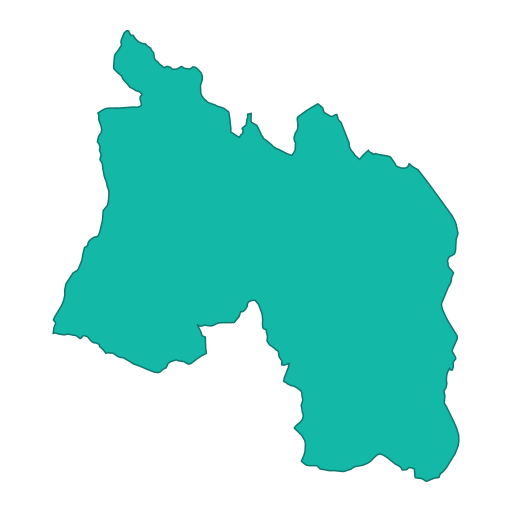 the district of Lang Chanh, Thanh Hóa, Vietnam
{"feature_id": "81297802B3900213451305", "entity_name": "Lang Chanh", "entity_type": "district", "adm_level": 2, "iso_a3": "VNM", "parent_name": "Vietnam", "parent_adm1": "Thanh Hóa", "projection": "natural_earth1", "projection_center": [105.128, 20.149], "detail": "fine", "context": "isolated", "style": "filled", "palette": "teal", "viewbox_px": 512, "rotation_deg": 0, "n_neighbors": 0, "source": "geoboundaries", "source_scale": "gbopen_adm2", "svg_char_len": 5993}
<svg xmlns="http://www.w3.org/2000/svg" viewBox="0 0 512 512"><path d="M195.5,67.3L193.1,66.9L192.6,67.0L190.8,68.5L189.5,69.1L185.2,68.4L183.9,68.0L181.7,66.5L181.0,66.6L177.4,68.9L173.8,69.3L172.2,69.1L170.3,67.2L167.6,66.4L166.4,66.5L164.3,67.7L159.3,63.9L157.5,61.5L155.9,60.7L155.0,59.4L154.3,58.3L154.0,54.9L153.5,52.7L151.1,49.6L150.7,48.2L148.1,46.6L145.4,43.9L142.0,43.4L138.4,41.7L135.7,39.1L133.2,35.4L130.9,35.0L130.4,34.7L128.6,30.9L126.7,30.7L124.3,32.8L121.5,39.3L121.1,40.7L120.9,42.6L121.4,43.9L121.3,45.6L118.2,50.3L115.1,54.4L114.5,56.6L114.2,59.2L113.6,66.8L113.8,68.3L114.0,68.9L117.5,72.6L121.8,76.2L122.7,78.6L124.9,81.5L127.7,84.3L129.8,87.2L133.3,88.9L135.6,90.5L139.4,91.7L141.2,93.3L141.7,94.0L141.8,94.7L141.6,95.3L140.2,96.6L140.1,98.2L140.2,99.9L140.9,101.9L141.4,105.4L141.2,105.8L137.2,107.3L133.3,107.0L120.0,108.0L109.0,108.1L106.6,108.4L103.2,109.7L97.9,113.0L98.8,115.2L98.7,119.6L100.8,125.2L101.6,128.9L101.6,130.1L101.0,133.0L99.8,134.4L98.5,136.7L97.4,141.7L97.5,142.1L98.7,143.2L99.9,146.4L100.0,148.3L99.5,149.5L99.5,150.4L101.1,154.1L100.8,156.4L100.0,159.0L100.1,159.9L102.2,163.3L102.9,168.8L104.3,176.4L106.5,182.4L107.2,186.2L108.7,190.4L109.0,193.0L108.8,196.3L108.5,199.9L107.7,204.6L107.1,205.8L103.3,210.4L102.4,220.8L99.9,231.5L98.7,234.8L97.8,236.1L96.5,236.8L93.8,237.3L91.1,239.2L88.8,241.4L88.3,242.3L87.9,244.2L87.4,245.5L86.5,246.5L84.5,247.5L82.6,255.4L82.0,259.9L78.7,268.3L77.3,270.4L73.1,272.9L65.9,284.0L64.7,289.9L64.8,295.4L63.5,300.8L61.6,305.5L55.2,316.0L53.5,319.4L53.5,320.2L55.1,321.8L55.6,323.1L55.5,323.9L54.7,325.5L53.8,328.4L53.2,333.4L55.4,332.9L58.6,334.0L62.8,334.7L64.5,334.8L68.1,334.0L72.7,335.1L75.3,335.4L76.7,336.0L80.1,338.6L81.0,338.3L82.7,336.2L83.6,335.7L84.2,335.6L86.5,336.4L87.5,336.8L88.3,337.6L90.9,340.9L93.0,342.4L93.9,342.8L96.4,343.0L99.2,344.5L99.6,346.5L103.1,349.6L105.9,353.3L108.0,352.6L109.2,353.0L113.0,353.1L118.3,356.8L120.3,357.4L123.4,357.8L130.7,362.0L133.3,363.9L138.5,365.6L147.8,369.6L154.3,372.1L158.5,372.6L160.4,371.8L163.0,369.2L165.9,368.0L167.1,365.9L167.9,363.6L170.9,361.5L176.3,359.9L178.4,360.8L184.2,361.7L186.7,363.3L188.7,364.2L191.2,363.4L197.1,358.8L201.6,355.8L206.3,353.5L206.4,353.1L205.7,348.1L205.3,337.1L202.1,335.7L200.6,331.1L198.2,326.7L197.5,325.0L197.7,324.8L199.7,326.2L201.4,326.1L204.9,325.1L208.8,325.8L211.3,325.9L214.0,325.1L217.2,323.4L218.7,323.0L221.3,322.7L233.5,322.6L234.3,322.3L239.1,316.6L240.3,312.7L240.9,311.6L242.2,311.7L243.1,311.5L245.6,309.2L247.4,306.0L247.4,303.6L248.8,301.9L249.3,301.4L252.6,300.3L255.2,300.4L258.6,304.5L261.7,312.7L262.2,314.8L262.7,319.4L262.5,324.8L262.8,327.7L263.7,328.8L265.7,329.5L266.3,330.0L266.4,331.9L267.5,336.4L267.0,340.6L267.3,341.6L269.4,344.7L274.3,348.1L276.5,350.3L278.3,351.1L278.9,355.8L279.4,357.4L281.6,360.5L281.8,361.2L281.9,362.2L281.6,364.6L281.8,364.9L283.6,365.2L289.2,363.6L288.4,367.4L284.6,376.9L283.6,381.1L284.4,381.9L285.7,382.3L287.4,383.8L290.9,385.5L293.6,386.1L296.1,387.2L300.8,390.8L301.5,391.9L301.9,393.4L302.1,396.7L302.8,399.3L302.7,400.6L301.3,404.9L301.3,406.2L301.8,408.0L302.3,412.2L303.1,414.3L303.2,416.3L302.6,419.1L300.9,421.5L299.2,423.1L297.4,424.4L294.4,427.6L294.5,428.3L301.9,435.5L305.0,441.0L305.4,444.4L305.0,451.4L303.9,455.3L301.5,460.9L301.5,461.4L305.4,464.6L306.6,465.2L309.8,465.7L316.8,465.6L317.6,466.2L319.8,468.8L321.1,469.1L329.7,470.7L334.4,470.6L342.6,471.5L344.3,471.4L350.6,469.3L354.6,466.7L363.0,465.2L368.1,463.0L371.1,460.8L373.7,457.9L375.9,456.0L377.9,454.5L380.0,453.9L383.4,455.1L387.7,457.9L395.0,463.9L399.2,466.1L400.9,467.5L401.8,469.3L402.9,470.1L406.4,469.7L407.2,469.2L408.4,467.8L409.3,467.7L411.3,467.8L414.4,469.0L414.8,475.3L415.0,476.7L415.3,477.6L415.6,477.8L421.3,478.5L423.5,479.5L425.3,480.9L426.6,481.3L434.1,478.2L438.9,477.5L440.3,473.9L443.2,471.5L446.4,467.8L452.6,457.5L454.8,454.3L458.2,445.6L458.8,441.2L458.8,437.5L458.5,434.6L456.5,428.0L453.8,421.7L446.5,406.8L444.6,403.8L444.3,402.2L444.9,395.8L444.0,391.5L444.3,390.5L445.9,387.9L446.8,384.1L446.8,382.8L446.4,380.7L446.6,376.4L446.8,374.9L447.8,371.6L449.5,368.4L450.2,369.6L451.0,370.0L451.9,370.2L452.5,369.3L453.3,366.8L453.1,362.5L453.5,361.6L455.6,359.1L455.7,358.6L455.5,357.2L452.1,351.3L452.7,349.0L457.1,339.1L457.3,337.4L457.2,336.0L448.5,321.9L445.8,316.9L442.5,309.4L441.5,305.3L441.6,303.4L448.0,287.8L450.2,283.8L451.3,280.9L451.6,277.6L453.5,273.0L451.5,270.2L449.4,268.1L448.2,266.1L448.0,263.0L447.5,261.7L447.7,260.0L448.7,257.5L449.8,256.4L452.2,255.4L454.3,254.0L455.1,252.3L455.6,249.7L456.2,239.0L458.0,233.6L456.0,223.9L454.8,220.9L452.1,215.8L429.4,184.5L418.1,169.8L414.3,167.7L411.6,165.9L409.8,164.1L409.1,163.8L407.9,166.5L406.8,167.5L405.7,168.0L401.6,168.1L398.1,166.9L396.0,165.7L395.2,163.9L390.5,157.0L387.6,156.0L377.7,154.3L375.8,153.6L372.9,154.2L372.1,153.1L370.6,152.6L369.1,151.6L368.4,150.3L363.2,155.1L359.6,159.4L354.8,155.1L353.3,152.7L351.2,150.4L349.4,146.7L349.1,142.9L341.0,122.4L340.6,121.9L339.3,121.0L338.1,119.0L336.9,114.5L335.2,114.8L332.2,116.4L330.4,116.2L324.3,112.5L323.5,110.7L322.7,107.8L317.9,103.8L311.3,107.6L306.4,110.7L298.0,116.8L297.5,117.6L297.2,119.2L297.9,124.5L297.8,127.6L297.1,130.5L296.0,132.0L294.9,134.3L294.0,138.0L294.5,140.9L295.5,142.9L295.2,150.2L292.0,155.4L290.0,154.9L286.7,153.5L278.7,149.4L276.1,148.4L272.8,146.2L271.7,144.9L266.9,140.8L263.3,138.4L262.8,136.7L261.0,134.6L260.6,133.0L257.1,125.8L256.5,125.2L251.5,122.3L251.0,121.0L251.2,113.4L247.6,114.2L247.7,117.7L246.7,120.1L246.8,121.5L246.6,121.7L246.2,124.9L242.7,127.7L242.2,128.3L242.3,129.1L242.9,129.4L243.1,129.9L242.7,133.6L241.3,134.3L239.8,136.4L239.5,137.3L239.0,137.3L230.7,131.9L230.9,128.8L229.7,117.7L228.8,112.3L228.3,111.4L226.5,110.5L225.0,109.0L223.5,108.2L220.6,107.1L217.2,106.2L215.4,105.1L208.1,102.5L203.7,98.5L201.7,95.6L200.8,93.0L200.5,86.5L200.5,85.3L202.2,79.9L202.4,76.2L201.3,73.4L200.6,72.3L198.6,70.0L195.5,67.3Z" fill="#14b8a6" stroke="#0f766e" stroke-width="1.5"/></svg>